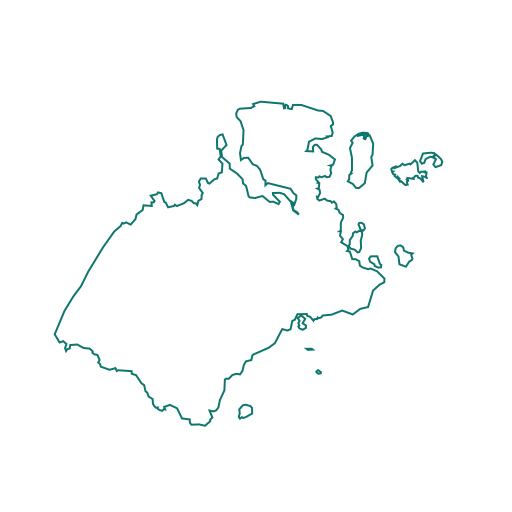 South Malekula, Malampa, Vanuatu, rotated 302°
{"feature_id": "77236927B78933945874407", "entity_name": "South Malekula", "entity_type": "district", "adm_level": 2, "iso_a3": "VUT", "parent_name": "Vanuatu", "parent_adm1": "Malampa", "projection": "albers", "projection_center": [167.766, -16.475], "detail": "fine", "context": "isolated", "style": "outline", "palette": "teal", "viewbox_px": 512, "rotation_deg": 302, "n_neighbors": 0, "source": "geoboundaries", "source_scale": "gbopen_adm2", "svg_char_len": 6123}
<svg xmlns="http://www.w3.org/2000/svg" viewBox="0 0 512 512"><g transform="rotate(302 256 256)"><path d="M82.9,126.8L78.6,135.3L81.6,137.6L80.9,141.9L76.7,142.9L74.8,145.3L76.7,145.2L78.9,147.0L82.1,145.7L86.2,151.3L86.6,158.6L89.3,163.9L88.7,167.9L87.3,168.5L87.0,171.2L88.1,173.9L84.9,178.5L82.1,178.6L81.7,181.0L79.9,183.0L81.9,192.1L86.4,196.2L84.7,198.9L86.1,199.7L92.4,211.5L90.3,213.1L91.4,217.4L87.4,226.2L87.2,229.6L82.8,233.9L82.5,236.1L79.9,239.5L79.9,244.1L76.0,247.0L74.8,249.2L74.3,251.7L75.5,252.9L74.3,253.7L74.3,256.1L75.0,258.5L77.3,259.0L77.7,260.2L79.4,258.1L84.1,261.9L85.0,269.8L79.0,279.3L82.3,286.4L79.6,288.3L78.7,290.6L83.1,297.1L85.0,302.7L91.5,304.7L92.9,303.9L95.9,304.6L100.3,298.5L101.7,302.3L103.8,304.0L107.6,304.4L114.8,301.7L125.3,300.4L134.7,295.1L136.3,295.8L137.4,298.0L142.5,299.0L145.6,301.7L147.2,305.2L151.5,305.4L156.9,303.5L161.3,303.3L165.3,307.2L169.8,305.6L171.2,306.1L185.1,315.5L192.1,318.2L207.9,317.0L209.5,322.2L212.2,324.1L220.2,321.2L222.5,322.7L228.6,322.0L233.7,329.9L232.4,331.2L233.1,333.9L231.8,338.4L233.0,337.7L231.9,338.9L233.9,339.5L234.8,341.2L236.5,340.9L236.4,342.1L238.5,343.9L240.9,344.1L246.2,351.1L255.4,358.0L257.7,369.1L266.4,372.4L272.1,378.1L288.8,373.6L297.2,376.0L301.7,378.7L304.9,376.9L307.2,366.7L306.1,359.8L304.3,358.2L302.8,352.8L302.9,349.2L306.3,346.3L306.1,342.2L304.4,339.3L309.4,333.3L308.5,330.6L310.4,331.0L312.8,328.4L312.8,320.9L316.3,320.8L317.8,316.4L322.0,314.9L321.4,313.9L322.5,314.4L329.2,310.3L334.7,309.6L336.8,308.1L336.9,304.1L338.9,301.5L338.4,298.4L339.7,298.8L342.5,296.6L343.6,293.2L341.4,292.0L342.1,290.2L340.7,287.1L341.0,283.9L336.6,280.3L336.9,277.7L338.6,276.3L338.8,277.4L343.3,277.0L345.8,274.9L345.7,272.3L346.8,273.3L351.1,271.2L350.8,269.8L351.6,270.2L352.8,266.1L354.5,265.0L355.7,267.4L357.1,267.5L357.4,269.7L360.5,272.1L360.2,274.1L362.2,276.4L366.2,275.8L368.5,273.4L372.3,272.3L372.0,270.9L374.2,273.0L379.7,271.8L380.5,264.0L379.3,256.7L381.0,254.8L382.6,248.7L381.4,246.9L378.6,246.4L375.0,249.1L371.6,243.0L373.4,243.3L381.0,240.4L387.1,244.0L390.3,250.2L394.7,253.8L395.0,252.9L397.9,256.6L401.1,255.8L406.0,250.5L408.2,251.6L410.0,250.7L414.3,245.1L414.5,235.8L412.4,231.9L408.1,214.4L403.7,207.3L399.5,208.4L398.2,205.0L400.2,203.5L400.2,201.2L399.2,200.7L396.9,202.4L396.1,201.5L399.6,198.4L389.4,178.3L383.3,173.0L382.1,175.2L378.8,173.2L372.4,164.3L370.4,163.1L366.3,163.7L363.6,166.0L362.1,171.5L356.2,178.7L343.5,185.8L341.6,185.4L334.8,187.9L329.4,192.4L332.8,193.8L335.2,197.3L332.1,204.6L332.9,209.0L331.4,213.7L324.9,221.6L325.0,224.1L321.0,226.5L324.1,227.4L331.3,249.6L329.1,254.6L328.8,258.0L325.8,259.9L318.4,261.6L320.8,259.7L320.9,258.0L314.8,263.3L314.9,267.9L313.8,270.4L314.4,263.4L320.3,257.1L323.3,247.2L322.2,242.7L318.4,237.0L317.0,238.0L314.6,247.5L312.0,247.6L311.2,241.8L309.1,238.9L310.3,229.7L304.7,224.5L302.4,219.8L302.6,218.2L310.2,210.4L310.7,206.6L314.0,203.9L315.9,196.1L316.2,187.5L320.4,184.7L321.9,174.9L326.8,170.6L334.5,172.2L341.4,163.2L339.3,161.2L336.6,160.4L334.0,161.2L326.5,166.2L327.6,168.4L321.8,173.3L318.0,173.1L316.6,178.6L308.8,182.7L306.3,180.6L301.1,182.0L299.1,180.1L292.7,178.1L292.5,176.5L295.1,172.4L292.4,168.0L288.8,168.2L286.6,170.9L283.6,171.6L281.2,177.5L279.0,177.5L275.5,179.6L272.1,177.9L268.0,179.2L268.8,177.1L267.8,175.3L268.6,172.3L267.7,168.7L262.5,166.9L256.4,162.4L256.5,160.0L255.0,160.0L250.7,155.6L253.5,151.2L253.2,149.7L259.1,142.4L258.0,139.2L255.8,139.2L251.4,134.8L248.8,140.9L247.3,140.8L246.0,138.9L243.2,141.1L239.4,133.8L234.9,135.5L227.9,132.7L223.6,134.2L216.2,133.1L215.7,128.1L213.4,126.6L213.2,125.0L209.6,125.3L201.7,122.8L182.4,121.7L154.1,122.0L137.7,123.6L124.8,122.5L107.8,122.7L82.9,126.8ZM403.8,301.1L413.4,295.8L418.5,288.6L416.0,286.2L413.0,286.8L412.7,285.1L414.9,284.3L415.3,282.2L411.1,278.0L416.0,281.7L417.6,286.2L419.1,286.6L419.4,285.6L417.4,281.5L414.2,278.4L409.6,276.2L404.3,275.5L403.1,278.0L397.3,278.5L390.3,285.2L379.7,291.9L376.6,292.4L376.7,293.2L374.0,292.2L370.6,294.3L368.0,294.3L368.4,299.9L366.8,304.6L368.1,307.3L375.3,309.7L385.4,305.6L394.5,306.9L401.0,301.3L403.8,301.1ZM400.3,327.6L399.1,327.3L398.1,329.1L398.7,330.8L397.3,331.1L396.7,335.7L398.1,334.6L397.6,336.8L396.4,336.3L395.3,338.9L396.3,339.3L395.3,345.0L396.9,346.8L398.6,344.7L400.3,344.6L401.1,342.3L400.9,344.6L402.5,343.2L404.8,348.5L405.6,347.0L405.4,348.3L408.4,348.7L409.6,350.4L408.4,351.9L408.9,354.3L407.3,359.0L411.7,354.6L412.9,358.0L412.6,360.5L413.2,358.2L417.3,356.3L416.3,354.7L417.2,354.4L414.6,351.1L413.3,350.9L413.6,348.9L420.5,343.4L421.5,340.0L415.6,338.5L415.8,337.4L411.8,333.9L411.8,331.3L408.7,330.5L403.7,326.7L403.2,326.0L407.0,328.0L403.0,324.9L401.3,324.7L399.7,326.6L400.3,327.6ZM339.4,383.1L339.0,378.6L341.5,376.1L341.5,372.8L339.8,371.0L336.6,370.3L333.0,371.8L331.1,377.1L325.0,382.0L326.4,388.8L332.3,388.9L335.3,390.3L336.6,390.1L339.2,387.0L341.2,387.5L339.4,383.1ZM314.1,341.5L318.5,340.9L324.5,336.7L330.4,334.8L332.9,332.7L331.9,330.1L329.5,329.0L329.4,327.3L326.6,326.2L324.3,327.4L319.2,327.1L315.6,329.3L313.7,329.2L312.4,332.5L313.7,336.3L312.9,340.3L314.1,341.5ZM122.3,323.9L117.1,323.1L113.9,325.6L110.4,326.7L109.6,328.6L111.8,329.4L111.8,330.9L113.9,332.7L120.4,336.2L125.0,333.2L125.8,330.9L124.4,326.0L122.3,323.9ZM313.7,353.3L311.6,355.8L311.7,360.8L310.4,362.0L311.0,365.9L312.6,368.0L314.8,367.0L315.0,365.2L320.0,359.0L316.4,353.4L313.7,353.3ZM229.5,325.8L225.4,324.3L224.0,327.4L221.3,327.6L220.1,329.6L218.6,329.3L217.6,331.2L218.2,334.7L221.5,336.4L223.5,335.2L223.7,331.2L228.8,331.0L229.5,325.8ZM423.4,344.8L422.2,347.7L424.1,349.3L428.1,348.5L432.6,351.2L433.3,353.4L437.4,354.0L437.7,352.5L436.1,349.3L431.4,343.3L423.4,344.8ZM433.4,355.0L433.5,357.3L427.6,357.9L426.5,361.2L431.2,364.9L434.7,364.1L436.3,361.3L437.4,355.3L436.2,354.2L433.4,355.0ZM333.8,330.7L334.4,333.5L337.1,333.8L340.0,330.7L340.1,328.0L338.9,326.1L337.2,326.1L333.8,330.7ZM192.1,369.1L190.0,368.4L189.4,369.2L189.3,371.4L190.8,373.1L191.9,372.5L192.1,369.1ZM203.9,349.8L206.7,353.7L206.8,352.4L204.1,348.1L203.9,349.8Z" fill="none" stroke="#0f766e" stroke-width="2"/></g></svg>